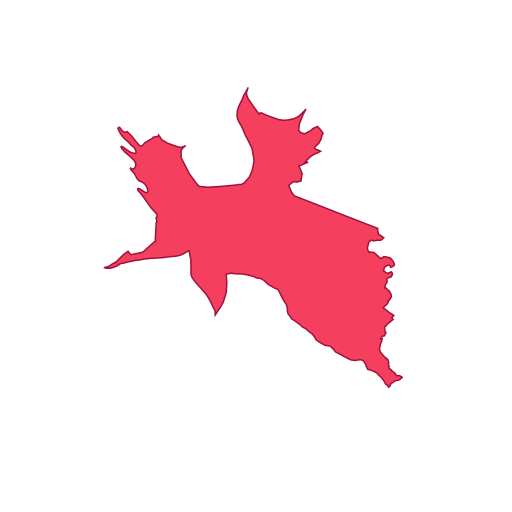 outline of Hutan, Jawa Tengah, Indonesia, rotated 53°
{"feature_id": "22746128B69994664325988", "entity_name": "Hutan", "entity_type": "district", "adm_level": 2, "iso_a3": "IDN", "parent_name": "Indonesia", "parent_adm1": "Jawa Tengah", "projection": "orthographic", "projection_center": [110.358, -7.173], "detail": "fine", "context": "isolated", "style": "filled", "palette": "rose", "viewbox_px": 512, "rotation_deg": 53, "n_neighbors": 0, "source": "geoboundaries", "source_scale": "gbopen_adm2", "svg_char_len": 6105}
<svg xmlns="http://www.w3.org/2000/svg" viewBox="0 0 512 512"><g transform="rotate(53 256 256)"><path d="M212.4,157.9L210.5,160.3L210.1,157.9L209.6,154.5L209.4,151.2L209.9,147.8L210.8,143.9L211.2,141.4L208.2,142.9L208.1,143.2L205.5,144.5L204.4,143.4L203.7,137.8L201.7,133.5L199.4,130.9L198.5,128.7L195.0,128.4L189.5,128.9L188.4,134.0L188.8,136.3L187.9,143.2L184.7,146.0L181.3,146.3L176.8,142.1L171.6,133.8L169.0,128.4L168.5,127.6L169.1,129.1L169.6,132.6L170.0,136.0L170.1,137.0L169.9,139.8L169.2,143.0L166.5,148.8L164.0,152.6L160.5,155.9L152.2,161.5L144.8,165.7L144.2,166.6L144.4,168.2L140.8,168.1L134.9,168.0L125.4,167.6L121.9,166.6L119.6,165.1L116.6,160.8L117.2,161.8L117.4,162.2L118.0,163.6L118.5,164.7L118.6,164.8L119.0,165.6L119.2,166.3L119.6,167.3L119.9,168.1L120.9,170.1L122.1,171.9L122.9,173.4L123.9,175.4L125.1,177.8L126.3,179.9L127.3,181.4L128.8,183.5L130.8,185.3L132.7,186.8L135.2,188.1L137.6,188.7L140.0,189.2L143.0,189.4L146.8,190.2L149.5,190.9L152.0,191.5L153.3,191.8L159.2,192.8L167.7,194.4L178.5,200.0L183.1,204.9L185.6,207.8L189.0,213.9L190.5,221.1L190.1,224.6L188.0,227.5L187.9,228.2L178.8,243.0L172.0,253.2L166.2,259.5L161.4,259.9L150.2,259.7L132.7,256.7L126.7,252.4L125.6,249.1L125.6,245.8L124.2,250.7L121.1,253.2L112.7,258.7L108.6,260.4L106.8,261.2L106.5,261.2L100.9,261.0L101.0,261.1L101.3,262.5L100.7,263.8L100.3,264.5L99.3,266.5L99.7,268.6L99.5,269.9L99.1,272.4L99.1,273.3L98.8,275.6L98.6,276.8L99.2,278.7L99.3,281.0L98.8,282.0L97.5,282.6L91.0,283.0L84.9,283.1L78.3,284.2L78.6,284.2L78.9,284.7L78.4,286.1L77.5,286.8L75.7,287.4L72.6,287.5L71.3,287.5L70.7,288.0L70.7,288.8L71.0,289.4L71.7,289.8L74.0,290.2L75.5,290.4L78.4,290.7L81.9,290.6L87.9,289.4L91.8,289.1L94.1,288.5L96.3,288.1L98.5,288.3L100.7,289.1L101.4,289.9L101.1,291.1L100.1,292.0L97.3,293.9L93.4,295.3L88.7,296.7L87.5,297.4L87.5,298.0L88.9,298.5L93.7,298.2L102.1,296.4L106.1,295.8L108.6,296.1L110.9,297.1L111.8,298.2L112.6,299.7L112.8,301.1L112.6,302.0L111.9,302.6L110.4,303.1L110.5,303.6L112.9,303.9L115.8,303.6L118.5,303.7L122.4,304.4L124.2,304.3L125.8,304.1L127.8,302.8L130.1,301.8L131.9,301.5L133.9,301.5L136.3,302.0L138.3,302.9L139.5,303.9L139.8,304.9L139.4,305.6L138.4,306.2L136.7,306.9L136.3,307.1L132.4,308.4L131.1,309.4L131.1,310.0L131.6,310.5L133.2,310.8L136.5,310.5L139.4,310.4L143.0,310.5L150.4,310.7L154.7,310.8L160.8,310.2L163.4,310.2L165.0,310.9L165.1,312.3L165.3,312.9L167.0,313.5L168.9,314.5L169.2,315.5L182.9,327.1L183.7,327.2L183.5,329.4L183.8,332.0L183.8,332.6L183.9,334.0L184.7,342.2L184.7,344.5L183.3,347.4L179.9,354.6L179.1,355.2L175.2,355.3L175.2,361.3L176.7,372.6L176.3,372.5L175.8,376.6L175.8,379.4L174.1,383.9L173.6,384.4L173.8,384.3L175.8,382.8L178.0,379.9L179.0,377.4L179.3,376.5L180.3,373.1L180.5,371.4L180.5,369.5L180.9,367.8L182.0,366.1L183.7,361.8L187.0,354.9L186.9,354.8L188.9,351.8L190.5,348.5L191.6,346.2L193.1,344.1L194.4,341.5L196.6,338.5L198.7,335.2L201.2,331.5L203.2,327.8L203.3,327.6L205.2,324.5L207.9,320.2L209.8,315.9L210.7,312.0L211.0,308.6L211.3,306.4L213.8,307.2L216.2,308.6L219.9,310.4L222.0,311.9L224.7,313.9L228.1,316.4L231.3,318.8L234.1,319.9L237.5,320.1L241.5,320.0L244.3,319.8L247.7,319.5L251.9,319.2L255.3,318.9L258.4,319.0L261.1,319.2L265.6,319.9L271.2,321.0L275.4,321.8L278.6,324.1L275.1,314.2L273.2,310.0L268.6,303.5L266.4,301.0L260.1,295.6L252.6,290.7L255.0,285.8L256.4,284.7L259.2,281.4L262.1,277.8L267.1,273.2L271.4,269.9L273.4,269.1L277.0,265.7L280.4,264.3L286.6,263.2L292.9,260.4L296.1,258.5L307.3,260.6L312.9,261.0L316.3,262.2L318.4,263.8L321.4,265.2L324.4,265.1L327.7,265.4L330.8,264.1L337.2,262.2L341.1,261.5L343.9,260.0L348.1,259.2L352.4,258.0L355.9,257.9L358.9,258.5L363.0,257.2L368.6,254.8L372.6,251.0L377.1,250.3L380.5,250.2L386.1,247.5L391.2,245.2L395.8,243.0L399.3,239.6L400.1,237.5L401.6,235.2L403.2,233.6L405.5,233.4L409.1,233.6L410.5,234.5L411.8,234.5L413.8,235.0L415.8,233.3L418.4,231.7L421.3,230.2L424.0,229.6L425.4,229.7L426.1,229.4L427.2,229.2L428.3,229.1L429.8,229.0L431.0,229.1L432.5,229.0L433.8,229.0L435.1,229.4L436.0,229.4L437.1,229.6L438.1,228.9L440.7,229.0L440.7,228.1L440.5,227.8L440.1,226.7L439.6,226.4L439.2,224.7L439.3,223.8L439.4,221.9L439.3,220.9L439.6,219.9L439.8,219.1L440.1,218.3L440.7,217.6L441.0,216.3L441.3,215.3L440.9,214.5L440.9,213.6L441.0,212.4L440.1,212.3L439.8,213.1L439.0,212.9L438.0,213.3L436.8,214.8L436.4,215.6L435.5,215.8L434.5,216.0L434.0,215.4L433.3,215.5L432.6,215.7L432.2,215.7L431.3,216.1L430.7,216.3L430.1,216.3L429.4,216.8L428.5,216.5L427.3,216.8L425.9,217.5L424.8,216.9L424.5,216.1L423.7,216.2L422.3,215.5L421.6,214.8L421.1,214.1L419.7,213.6L419.4,213.7L418.4,213.2L417.7,213.0L416.7,213.9L416.3,213.4L415.3,213.7L414.0,214.1L408.2,214.5L404.8,213.6L401.2,209.6L399.5,206.6L399.3,206.4L398.0,205.1L397.1,206.5L396.2,203.6L396.1,203.0L396.6,202.5L397.0,201.9L396.7,201.3L396.8,201.3L396.4,200.1L395.9,199.2L395.1,198.1L393.8,198.7L392.0,197.1L390.4,196.4L389.4,191.5L389.2,184.7L387.3,185.0L386.3,181.7L386.1,181.8L383.5,182.7L381.3,183.6L377.3,184.6L374.9,185.4L373.8,185.2L373.5,183.1L373.4,180.6L372.7,178.5L371.7,178.1L371.6,176.2L370.7,174.2L370.3,172.6L368.1,171.3L365.9,170.9L363.8,170.6L362.1,171.4L360.6,171.3L359.6,171.5L358.8,172.6L356.4,169.0L356.0,167.4L354.6,166.2L353.3,165.5L352.8,163.9L353.4,162.4L354.0,160.5L353.5,159.3L353.0,158.6L352.5,157.8L351.2,157.4L349.9,157.6L349.6,159.5L349.2,161.0L349.1,161.3L347.1,162.3L344.8,163.0L343.4,161.7L342.2,159.9L342.6,157.1L342.9,155.7L344.4,154.7L346.1,155.3L346.7,153.0L346.7,151.4L346.2,150.6L344.9,150.2L343.1,149.7L340.0,149.7L338.0,150.1L336.2,151.7L334.4,153.1L333.4,154.5L333.5,156.0L333.1,157.6L332.3,158.3L331.2,158.4L329.8,158.6L328.2,158.8L327.0,159.1L324.1,159.8L321.3,162.6L321.2,163.6L319.3,163.4L317.3,162.6L316.2,161.8L314.9,160.0L313.4,158.4L312.7,157.0L312.7,155.7L313.0,154.0L314.6,153.1L316.1,150.3L316.9,148.9L318.3,147.3L318.6,146.0L318.4,144.5L318.4,143.6L318.2,142.9L317.4,143.3L313.9,144.4L312.0,145.2L310.3,144.0L308.4,143.3L307.3,142.2L231.5,188.9L230.9,189.2L226.6,189.2L219.3,187.4L219.1,181.2L221.4,179.2L223.2,175.0L218.0,169.6L210.0,167.5L212.4,157.9Z" fill="#f43f5e" stroke="#9f1239" stroke-width="1.5"/></g></svg>